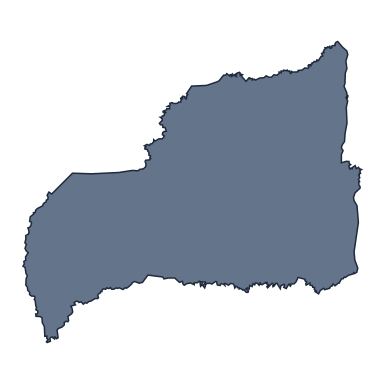 Sak Lek, Phichit, Thailand
{"feature_id": "78962969B74597047667398", "entity_name": "Sak Lek", "entity_type": "district", "adm_level": 2, "iso_a3": "THA", "parent_name": "Thailand", "parent_adm1": "Phichit", "projection": "albers", "projection_center": [100.505, 16.509], "detail": "fine", "context": "isolated", "style": "filled", "palette": "slate", "viewbox_px": 384, "rotation_deg": 0, "n_neighbors": 0, "source": "geoboundaries", "source_scale": "gbopen_adm2", "svg_char_len": 5897}
<svg xmlns="http://www.w3.org/2000/svg" viewBox="0 0 384 384"><path d="M72.5,173.2L51.7,194.0L48.9,192.1L47.1,195.3L48.1,197.0L47.8,199.5L46.4,200.0L46.1,201.7L43.5,203.5L42.5,205.9L37.4,208.5L35.6,210.3L35.3,212.4L33.4,212.7L33.7,214.1L30.3,216.7L29.6,221.4L31.5,222.3L31.0,225.4L29.8,227.1L27.9,227.9L28.9,230.7L28.8,233.7L25.7,235.7L25.9,238.7L24.9,242.9L26.4,244.3L25.0,248.4L26.3,251.0L28.2,252.7L25.5,257.0L25.8,260.1L23.8,261.5L24.3,263.9L23.0,266.2L25.1,267.5L26.0,273.5L27.3,275.6L26.1,278.8L25.8,285.1L27.4,287.2L27.7,290.2L29.7,292.4L29.6,294.6L31.7,296.1L34.4,296.2L35.1,297.5L34.2,299.5L35.2,300.6L35.8,305.9L36.5,307.0L35.9,309.8L37.6,310.7L38.0,312.3L37.1,314.1L35.7,314.0L36.0,316.3L40.4,316.6L42.0,317.9L42.3,322.7L44.3,326.4L44.8,336.3L46.9,336.1L46.7,338.3L48.1,339.6L46.4,341.8L47.1,342.5L50.4,341.3L49.9,338.4L51.0,337.4L52.7,336.9L52.8,337.7L54.6,339.0L55.1,337.0L56.7,338.7L58.1,337.7L57.1,330.2L58.3,328.5L62.1,327.0L64.3,324.9L64.2,322.5L66.2,321.3L67.9,321.7L68.6,320.7L68.0,316.4L71.7,313.7L72.7,311.9L72.0,308.2L70.8,306.2L75.5,304.8L74.1,302.7L75.7,301.5L77.3,301.1L79.0,302.5L81.1,301.8L83.3,304.2L85.3,302.6L86.9,303.2L88.7,301.6L90.9,301.1L95.0,298.6L97.9,298.5L98.5,297.5L97.7,295.5L98.5,294.0L100.4,292.9L100.7,291.5L101.9,291.6L102.1,290.0L103.1,289.0L105.8,289.2L106.6,287.8L108.8,288.6L110.6,287.6L111.6,289.2L113.6,289.3L116.1,287.9L117.4,288.4L119.2,287.8L123.0,289.5L125.1,287.7L126.2,288.2L127.6,287.6L131.8,283.9L132.0,282.9L134.6,281.5L139.2,283.2L142.5,282.4L147.9,275.1L162.7,277.0L164.0,278.9L168.2,278.0L174.7,278.0L179.5,282.4L182.4,281.3L183.2,284.5L184.4,285.2L186.6,283.7L190.4,283.0L194.2,284.7L194.0,282.9L197.6,282.7L199.0,281.2L201.1,281.7L200.0,282.7L200.6,286.3L201.6,285.4L202.7,281.9L205.3,281.9L205.5,282.6L202.8,285.5L204.7,287.9L205.8,284.4L206.8,283.5L209.9,283.3L211.9,284.1L215.6,281.5L216.6,281.7L217.2,284.8L218.2,285.3L220.2,285.4L220.6,284.2L221.4,283.9L223.2,284.0L224.8,285.4L224.4,283.9L225.0,283.3L228.4,285.2L230.5,283.5L233.0,283.8L233.9,284.6L234.8,288.0L236.0,286.2L237.1,286.6L237.4,287.7L239.2,287.9L239.2,289.0L240.8,288.5L243.0,290.2L244.0,289.8L245.8,292.0L247.2,292.5L248.2,292.1L248.4,290.8L246.0,288.8L247.3,287.9L249.1,289.1L249.7,285.5L252.1,286.6L253.0,283.7L254.7,284.9L255.4,283.0L257.4,283.3L259.1,285.2L260.3,282.3L260.4,284.4L262.1,284.7L266.1,282.3L267.0,282.6L266.4,283.7L268.4,284.7L266.8,286.7L267.6,287.8L272.1,283.3L273.9,284.4L272.8,285.5L273.0,286.7L274.3,285.9L276.0,283.2L276.9,283.3L280.3,288.7L280.9,285.7L284.3,284.4L284.6,285.6L283.7,287.3L286.2,288.6L288.7,284.3L289.4,284.4L290.3,286.2L290.9,285.5L290.4,284.1L294.1,283.8L296.0,281.9L298.1,277.4L305.1,279.3L305.0,280.8L306.7,281.7L305.7,283.9L306.1,285.1L309.9,283.0L310.0,285.2L312.4,285.6L312.7,287.3L314.6,287.5L314.3,289.4L316.9,291.4L315.0,291.0L315.0,291.6L318.6,293.8L320.3,290.5L323.6,288.3L324.7,289.7L329.6,288.3L330.5,286.5L332.1,286.0L333.1,284.0L335.0,285.8L338.2,283.2L339.1,283.2L341.5,278.9L343.2,278.7L344.2,277.1L345.4,277.4L348.3,275.4L353.7,273.7L353.7,272.8L354.7,273.5L356.8,272.2L357.8,268.1L354.8,260.0L354.1,251.7L358.4,222.4L357.0,205.7L354.0,200.5L353.5,197.4L355.1,192.8L360.1,188.1L360.0,186.4L358.9,185.1L358.8,182.0L359.6,181.7L358.5,179.3L359.8,177.5L359.2,176.4L359.4,174.9L358.8,174.8L359.5,173.3L360.5,173.3L359.8,170.8L360.7,170.2L360.1,169.5L361.0,169.3L359.2,168.6L358.5,167.3L356.3,168.7L355.2,165.6L352.2,167.6L352.3,168.6L351.0,168.1L350.6,169.0L349.7,169.0L348.9,165.9L350.7,164.7L349.2,163.5L349.0,161.5L346.2,161.3L341.4,162.8L341.4,154.5L343.1,150.6L341.3,147.9L342.4,144.6L344.5,141.6L345.1,133.3L347.0,123.1L346.3,107.4L347.7,100.8L346.8,99.8L347.3,98.4L346.4,98.4L346.0,97.5L346.8,96.3L347.6,97.1L348.0,96.0L346.6,94.0L346.8,92.8L344.0,86.3L345.0,83.3L345.3,73.1L346.9,68.7L345.9,61.2L347.8,54.5L346.8,50.9L342.5,47.1L337.7,41.5L335.9,42.3L334.9,44.2L335.2,45.5L332.3,45.7L331.4,46.6L331.8,47.7L330.8,48.4L330.1,48.3L329.7,46.4L328.6,47.3L327.6,46.9L327.2,47.7L325.1,47.7L325.7,48.7L324.5,49.2L323.3,51.6L324.0,52.6L321.6,53.4L322.8,56.0L321.1,56.4L318.3,60.7L316.9,59.9L316.6,61.5L314.2,61.5L313.9,62.3L312.0,62.9L312.1,63.9L310.7,64.4L311.0,65.8L310.2,65.7L309.9,64.7L308.7,64.8L308.0,65.8L308.9,67.2L307.7,68.4L304.9,67.9L302.1,70.1L298.2,70.4L298.4,71.3L297.5,71.9L292.6,72.1L291.7,71.5L291.4,72.5L290.8,71.4L291.1,72.7L290.4,73.3L289.7,70.9L288.4,71.4L287.1,70.0L286.5,70.7L283.6,70.2L283.5,71.0L281.0,71.1L281.2,72.8L279.1,72.0L279.0,73.5L277.1,75.2L273.8,74.8L271.5,77.2L268.8,77.2L266.2,75.8L263.8,77.8L259.6,78.0L255.6,80.1L254.5,79.2L252.4,80.0L252.5,78.6L249.7,78.7L249.9,78.0L249.1,77.7L246.0,81.4L241.9,76.6L241.7,75.3L242.5,74.7L240.7,74.1L240.7,75.5L240.2,75.6L240.1,73.0L239.5,72.3L237.3,73.0L235.8,75.8L236.1,76.4L235.3,76.0L235.6,74.1L233.3,75.6L232.7,74.3L231.7,76.6L230.7,75.6L231.2,74.5L230.2,74.6L229.5,75.9L226.8,73.6L225.7,75.1L223.6,75.2L219.2,80.7L217.5,81.7L206.6,85.4L191.6,86.1L186.5,93.7L187.8,94.5L186.7,95.8L186.4,98.9L185.2,98.5L184.8,96.6L182.8,96.2L182.3,98.9L181.7,98.8L181.8,97.3L180.7,98.3L181.1,99.9L180.6,102.2L178.6,102.0L177.7,103.1L176.1,103.5L173.1,103.4L172.1,102.6L169.8,103.3L170.1,105.1L167.6,106.3L169.6,106.6L169.6,108.9L166.8,108.5L166.7,109.7L163.0,111.3L163.2,112.3L164.7,111.7L165.7,112.4L164.3,113.7L164.0,115.6L162.2,116.0L161.8,117.2L160.3,117.3L162.0,118.7L162.4,120.1L159.4,123.3L160.3,124.7L162.6,124.9L162.8,127.4L165.1,127.6L166.3,131.3L164.0,131.5L162.7,132.6L162.4,134.7L164.4,136.0L162.3,138.9L158.9,138.8L155.1,141.1L153.7,139.7L153.6,141.8L151.9,143.8L150.2,144.0L149.5,145.4L146.9,144.4L144.4,145.8L146.1,146.8L144.8,148.0L144.9,149.0L147.5,149.6L147.7,151.0L148.9,152.4L149.0,155.4L150.6,155.9L149.8,158.0L150.7,158.5L149.8,159.8L145.6,160.3L145.1,161.4L146.0,164.4L145.7,166.6L143.5,168.8L139.7,169.4L137.9,170.8L132.5,170.4L118.9,172.5L91.6,173.8L72.5,173.2Z" fill="#64748b" stroke="#1e293b" stroke-width="1.5"/></svg>